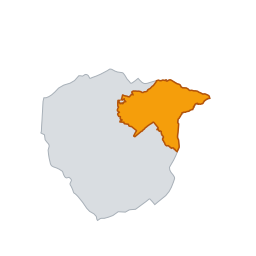 Matabeleland North on a map of Zimbabwe (Mercator projection), rotated 141°
{"feature_id": "ZWE-526", "entity_name": "Matabeleland North", "entity_type": "Province", "adm_level": 1, "iso_a3": "ZWE", "parent_name": "Zimbabwe", "parent_adm1": "", "projection": "mercator", "projection_center": [27.816, -18.601], "detail": "fine", "context": "in_parent", "style": "filled", "palette": "amber", "viewbox_px": 256, "rotation_deg": 141, "n_neighbors": 0, "source": "natural_earth", "source_scale": "10m", "svg_char_len": 7414}
<svg xmlns="http://www.w3.org/2000/svg" viewBox="0 0 256 256"><g transform="rotate(141 128 128)"><path d="M174.4,204.4L172.5,203.0L169.8,202.2L166.5,201.8L162.1,202.0L156.8,202.7L151.0,201.8L144.8,199.3L139.7,198.5L133.6,199.5L133.4,199.6L132.3,198.7L130.6,196.9L127.9,196.6L127.1,196.2L126.5,195.5L126.1,194.7L125.9,193.7L126.4,190.7L126.1,190.4L125.4,190.1L123.9,189.7L120.2,188.4L115.6,187.1L108.1,185.6L105.2,185.3L104.5,184.8L103.7,183.8L102.3,180.4L100.9,178.1L97.7,174.7L97.2,173.6L97.3,170.9L97.6,168.7L97.9,166.8L97.8,165.1L97.7,162.9L97.8,161.4L97.4,160.8L96.2,160.4L92.9,160.2L88.9,160.2L88.8,158.0L88.4,154.6L87.6,152.7L86.7,151.7L84.9,150.6L81.1,149.1L76.0,146.9L71.7,143.7L66.7,139.6L65.1,138.9L63.3,135.1L60.5,128.6L60.7,126.4L60.3,125.3L57.5,122.1L56.9,120.5L56.5,118.8L52.1,114.1L50.7,112.1L49.5,109.5L48.4,107.4L47.5,106.6L46.2,105.1L45.4,103.5L45.0,102.3L45.3,100.7L45.7,99.6L49.9,100.7L52.1,100.8L53.9,100.3L56.0,101.0L58.6,103.1L61.5,103.5L64.5,102.2L68.7,102.6L73.9,104.7L78.2,105.1L83.3,103.3L87.9,98.1L92.2,93.3L96.5,87.7L99.0,83.2L102.8,79.5L107.7,76.7L112.8,74.3L120.5,71.4L122.0,69.0L122.5,66.4L122.5,62.7L122.9,60.4L123.7,59.3L125.0,58.5L126.7,57.4L131.7,54.6L136.0,52.8L141.2,51.7L146.8,51.7L152.3,51.7L155.4,51.6L155.4,55.1L155.7,59.1L156.3,59.5L160.4,59.5L167.0,59.8L173.3,60.1L177.4,62.9L178.7,63.6L183.0,64.3L188.3,69.1L194.8,69.5L199.3,71.0L203.2,72.7L205.5,74.6L206.9,75.1L208.9,75.2L209.9,75.4L209.6,76.8L208.3,79.2L208.5,82.7L210.3,87.4L210.6,91.6L210.0,98.9L210.0,106.1L210.2,108.6L210.5,110.3L210.9,111.2L210.8,112.3L209.7,115.3L208.9,118.4L208.8,119.7L208.5,120.6L207.9,121.4L205.0,122.8L204.5,123.7L204.6,125.4L204.9,126.8L206.0,127.3L207.3,128.0L207.8,129.1L207.8,130.2L207.4,132.2L206.2,135.5L207.4,139.3L208.6,141.8L210.4,144.7L211.1,146.5L211.1,147.8L210.8,149.0L208.2,154.3L206.3,157.6L204.0,161.1L200.9,163.3L200.1,164.4L199.8,165.6L199.9,168.2L199.8,171.0L197.2,175.3L198.8,178.9L198.4,179.3L197.5,179.8L193.8,184.0L190.0,188.1L187.2,191.2L184.0,194.7L180.5,198.6L177.4,202.0L174.4,204.4Z" fill="#d9dde1" stroke="#a8b0b8" stroke-width="1"/><path d="M60.9,126.7L60.3,124.9L57.6,122.5L56.8,120.8L56.7,119.2L56.5,118.4L55.9,117.9L55.1,117.5L54.5,116.9L53.5,115.5L53.2,115.2L52.5,114.7L51.1,113.2L50.8,112.7L50.7,112.4L50.5,111.5L50.3,111.0L49.6,109.9L48.9,108.2L48.5,107.3L47.8,106.8L47.1,106.4L46.5,105.7L45.7,104.2L45.0,102.7L44.9,102.1L44.9,101.5L45.8,99.6L46.3,99.9L47.0,100.4L47.4,100.6L47.6,100.7L48.2,100.6L48.9,100.9L49.2,100.9L50.8,100.9L51.2,101.1L51.4,101.1L51.5,100.9L53.1,100.5L54.2,100.0L54.8,100.0L55.3,100.4L56.1,100.6L56.6,100.8L57.0,101.1L57.4,101.7L58.3,102.1L58.6,102.5L58.3,102.6L58.3,102.9L58.4,103.3L58.6,103.6L59.9,104.2L60.8,104.2L61.1,104.2L62.3,103.6L62.5,103.4L62.9,103.4L63.3,103.4L63.6,103.3L63.6,102.8L64.1,102.7L64.4,102.5L64.9,102.4L65.9,101.7L66.1,101.6L66.3,101.7L66.7,102.2L66.9,102.3L67.8,102.4L68.0,102.5L68.3,102.7L68.5,102.8L69.3,102.6L70.3,102.8L71.9,103.7L72.8,104.0L73.4,104.1L73.7,104.3L74.6,105.1L75.0,105.3L76.2,105.7L76.5,105.8L76.7,105.7L77.4,105.1L77.6,104.9L78.0,104.9L78.5,104.8L80.5,103.9L81.0,104.0L81.8,103.5L82.0,103.4L83.0,103.4L83.4,103.3L83.9,103.0L85.4,101.6L86.1,100.7L86.0,99.6L86.0,99.4L86.3,99.0L91.9,93.1L94.1,91.1L95.2,89.9L95.8,88.8L96.2,87.0L96.6,86.3L99.5,81.9L100.3,80.9L101.4,80.3L104.7,78.8L105.2,80.6L104.9,81.8L105.0,81.9L105.4,82.1L105.5,82.2L105.5,82.4L105.2,83.2L105.2,83.6L105.2,83.8L105.4,84.0L105.7,84.1L105.8,84.2L106.1,84.8L106.3,84.9L106.8,84.9L107.1,85.0L107.1,85.7L107.2,86.0L107.4,86.3L107.4,86.6L107.3,86.8L107.5,87.4L107.6,87.9L107.8,88.7L107.8,88.9L108.3,89.2L108.5,89.4L108.7,89.6L109.0,89.7L109.2,89.9L109.3,90.0L109.5,91.0L109.5,91.8L109.3,92.5L109.2,92.7L109.1,93.0L108.8,93.9L108.9,94.9L108.7,95.3L108.5,95.8L108.4,96.1L108.4,96.3L108.6,96.8L108.5,97.1L107.9,97.8L107.4,98.3L107.2,98.3L107.0,98.2L106.8,98.1L106.7,98.2L106.1,98.7L105.9,99.4L105.9,99.6L106.1,100.7L106.1,100.9L106.1,101.0L105.8,101.5L105.7,102.0L105.6,102.3L105.7,102.5L105.4,102.8L105.3,103.0L105.2,103.4L105.1,103.6L104.6,104.0L104.4,104.3L104.5,104.5L104.6,105.2L104.8,105.4L105.0,105.6L105.4,105.5L105.5,105.5L105.7,105.8L105.7,106.2L105.7,106.5L105.8,106.8L105.8,107.0L105.7,107.2L105.3,107.6L105.3,107.9L105.4,108.0L105.6,108.2L106.2,108.3L106.4,108.4L106.5,108.5L106.4,108.7L105.2,108.9L104.6,109.0L104.4,109.2L104.4,115.8L104.5,116.4L104.9,116.7L105.2,116.8L105.4,116.8L106.7,116.7L107.4,116.9L108.3,117.0L109.0,117.1L111.1,117.2L111.5,117.3L112.3,117.2L113.4,117.2L114.1,117.3L114.9,117.2L115.9,116.9L117.3,117.0L118.0,116.9L118.6,116.7L118.9,116.7L119.2,116.8L119.9,117.0L127.9,116.9L128.1,116.9L128.2,117.0L128.5,117.6L128.6,117.8L128.6,118.0L128.5,118.3L128.3,118.4L124.6,120.0L123.4,120.3L123.2,120.4L123.1,120.6L123.1,121.0L124.3,126.7L124.4,127.0L124.5,127.2L124.7,127.4L125.1,127.6L125.9,128.8L125.9,129.0L125.9,129.5L125.5,130.0L125.5,130.9L125.7,131.1L126.0,131.3L127.9,133.4L128.1,133.6L128.1,133.8L128.1,134.1L127.6,135.0L130.4,137.7L130.2,138.1L129.9,138.4L129.7,138.4L129.1,138.1L128.8,138.0L128.0,137.9L127.7,137.9L127.6,138.0L127.5,138.4L127.6,138.6L128.2,139.2L128.3,139.4L128.3,139.5L128.2,140.1L128.1,140.3L127.9,140.5L127.0,141.3L126.8,141.6L127.0,141.9L127.3,142.2L127.7,142.5L127.8,142.7L127.8,143.8L127.4,145.1L127.3,145.3L126.8,145.6L126.5,145.7L126.2,145.8L125.0,145.6L124.9,145.6L124.8,145.9L125.2,147.3L125.4,147.9L125.3,148.1L125.0,148.7L124.7,148.9L123.2,149.8L122.2,150.2L122.1,150.5L122.1,150.8L122.2,151.2L122.2,151.3L122.1,151.5L120.1,154.0L119.7,154.4L119.3,154.7L119.2,155.0L118.6,155.6L118.3,155.7L118.1,155.6L117.0,154.7L118.5,154.4L118.8,154.3L119.0,154.1L119.2,153.9L119.2,153.6L118.7,153.2L118.5,152.8L118.8,152.3L118.8,152.0L118.7,152.0L118.4,151.9L118.3,151.4L118.2,151.3L117.8,151.5L117.5,151.5L117.0,151.2L116.6,151.1L116.5,150.9L116.6,150.6L116.7,150.3L116.7,150.2L116.0,150.3L115.6,150.4L115.0,150.8L114.9,150.8L114.7,150.7L113.4,150.1L113.2,150.0L113.1,150.5L113.3,151.3L113.3,151.5L113.2,152.0L113.2,152.4L113.1,152.6L112.7,152.8L112.6,153.0L113.0,153.2L113.6,153.2L113.9,153.3L114.2,153.3L114.4,153.2L114.6,153.2L114.8,153.3L114.9,153.5L115.1,153.7L115.2,154.0L114.9,154.6L114.4,154.8L111.5,157.0L111.3,157.0L111.2,156.9L111.0,156.5L110.8,155.9L110.5,155.4L110.3,155.2L110.1,154.9L109.8,154.6L109.6,154.4L109.6,154.2L109.1,153.8L108.7,153.3L108.6,152.9L108.4,152.6L108.2,152.1L107.6,151.8L107.5,151.7L107.4,151.4L107.1,151.3L106.4,151.6L105.3,151.6L104.3,152.1L104.2,152.1L103.3,150.9L103.2,150.7L103.1,150.8L103.1,151.0L102.8,151.9L102.6,152.6L102.6,153.3L102.5,153.5L102.4,153.6L101.7,153.6L100.9,153.5L100.6,153.4L100.3,153.2L100.0,152.8L99.5,152.5L99.2,152.3L97.6,150.7L96.7,150.1L95.9,149.2L95.5,148.6L95.1,148.2L94.9,147.0L94.7,146.8L94.5,146.6L94.1,146.2L93.7,146.0L93.1,146.0L92.6,145.9L92.3,145.7L91.6,145.2L91.2,144.9L90.8,144.8L89.6,144.7L89.3,144.7L88.8,145.1L88.5,145.2L87.8,145.1L87.4,145.1L87.2,145.1L86.6,144.9L85.8,144.8L82.8,145.2L82.3,145.1L81.6,145.0L77.4,146.1L77.1,146.2L76.0,146.8L75.6,146.5L74.7,146.3L74.3,146.1L74.0,145.8L73.8,145.3L73.6,144.8L73.3,144.5L72.4,143.9L72.0,143.7L71.2,143.5L70.8,143.4L70.4,143.0L69.8,142.1L69.3,141.8L68.6,141.7L68.2,141.4L68.4,141.3L68.5,141.1L68.7,140.6L68.6,140.4L68.2,139.9L67.8,139.7L66.7,139.6L65.7,139.4L64.9,138.9L64.3,138.0L62.3,132.2L61.8,131.2L61.2,130.4L60.6,129.5L60.5,129.0L60.4,128.5L60.4,128.0L60.8,127.2L60.9,126.7Z" fill="#f59e0b" stroke="#b45309" stroke-width="1.5"/></g></svg>